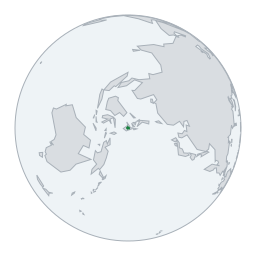 Bukidnon highlighted on a globe, orthographic projection, rotated 93°
{"feature_id": "PHL-2589", "entity_name": "Bukidnon", "entity_type": "Province", "adm_level": 1, "iso_a3": "PHL", "parent_name": "Philippines", "parent_adm1": "", "projection": "orthographic", "projection_center": [125.004, 7.993], "detail": "fine", "context": "on_globe", "style": "filled", "palette": "green", "viewbox_px": 256, "rotation_deg": 93, "n_neighbors": 0, "source": "natural_earth", "source_scale": "10m", "svg_char_len": 8403}
<svg xmlns="http://www.w3.org/2000/svg" viewBox="0 0 256 256"><g transform="rotate(93 128 128)"><circle cx="128" cy="128" r="113" fill="#eef3f6" stroke="#a8b0b8"/><path d="M216.7,167.5L216.6,168.3L216.4,168.4L216.7,167.5ZM188.3,32.9L186.4,31.7L182.8,30.8L185.4,33.2L181.9,30.9L189.3,37.6L189.7,40.4L186.9,35.7L184.9,34.2L184.0,35.1L181.7,33.8L180.0,33.6L177.3,32.0L175.9,29.8L174.2,28.9L173.7,29.7L170.7,28.9L171.7,27.8L166.6,26.5L163.3,23.3L168.1,23.1L164.0,21.3L163.8,21.2L172.3,24.4L180.5,28.3L188.3,32.9ZM232.7,94.6L231.8,92.1L232.6,93.3L232.7,94.6ZM231.0,90.9L231.4,91.7L231.0,91.1L231.0,90.9ZM230.6,90.7L230.9,90.9L230.7,91.0L230.6,90.7ZM230.2,90.8L230.4,90.6L230.4,90.8L230.2,90.8ZM229.2,90.1L228.9,89.8L229.0,89.4L229.2,90.1ZM187.7,35.4L187.9,34.9L188.5,35.9L187.7,35.4ZM180.2,33.9L180.9,34.5L179.7,34.2L180.2,33.9ZM174.6,31.6L172.4,31.0L174.3,31.2L174.6,31.6ZM171.1,30.5L166.0,29.5L167.0,30.7L161.1,27.1L167.4,28.9L169.6,28.8L169.5,29.6L171.1,30.5ZM158.7,25.4L157.2,25.0L158.5,25.1L158.7,25.4ZM158.0,19.4L162.2,20.7L161.1,20.4L157.5,19.4L156.6,19.2L156.0,18.9L158.0,19.4ZM152.4,18.0L153.5,18.3L150.9,17.7L152.4,18.0ZM150.0,17.5L149.8,17.5L149.0,17.3L150.0,17.5ZM149.1,17.4L153.2,18.3L149.1,17.4ZM147.2,17.0L148.6,17.3L148.4,17.3L147.2,17.0ZM145.1,16.7L145.4,16.7L144.7,16.6L144.1,16.5L144.4,16.6L145.1,16.7ZM146.7,17.0L147.1,17.0L146.2,16.9L146.7,17.0ZM141.0,16.1L140.8,16.1L138.4,15.9L138.5,15.9L141.0,16.1ZM31.7,69.6L31.4,70.3L37.6,61.7L38.2,60.0L42.6,54.5L44.3,53.0L44.2,55.4L45.7,53.7L48.7,49.1L51.8,46.8L50.1,47.4L48.5,49.2L47.5,49.8L48.9,48.2L49.9,47.3L50.8,46.2L45.7,51.1L43.6,53.5L43.6,53.4L49.2,47.5L55.3,41.9L61.8,36.9L68.6,32.3L67.8,32.8L71.5,30.6L72.0,30.6L74.5,28.9L78.6,26.8L81.3,25.7L83.1,24.9L79.4,26.4L88.4,22.6L90.6,21.8L91.9,21.8L85.1,25.6L82.3,26.5L83.3,25.4L78.4,28.1L80.7,27.0L79.7,27.8L83.4,26.5L82.9,27.0L87.3,25.0L87.1,25.5L84.3,26.8L89.5,25.8L90.2,26.8L91.6,26.4L93.0,25.6L93.0,27.7L94.0,27.3L94.4,26.5L96.8,25.2L101.1,23.9L100.8,24.7L99.3,25.3L95.6,27.9L91.5,29.6L91.9,29.8L95.4,28.6L99.8,25.3L102.4,24.4L100.7,25.8L101.5,25.2L102.7,25.0L103.7,25.6L105.8,24.1L119.5,22.1L122.8,23.6L119.7,24.8L129.1,25.4L132.1,27.8L132.4,26.9L137.2,27.0L136.3,26.3L136.9,25.9L148.6,26.9L151.2,28.0L156.7,28.1L156.9,27.8L155.3,26.9L161.1,27.1L167.0,30.7L166.3,31.3L170.5,33.5L168.2,34.7L168.2,37.0L163.2,37.7L163.7,39.7L165.3,40.4L167.1,44.0L165.3,49.7L159.7,42.1L161.0,34.6L159.9,37.2L158.0,35.8L156.3,36.4L155.7,38.5L156.9,39.2L145.1,40.0L139.4,45.8L144.9,46.4L147.4,49.0L145.8,57.9L131.8,68.7L135.0,73.7L134.6,76.7L130.4,77.9L130.9,73.6L127.5,71.5L128.5,69.0L122.0,70.1L123.0,66.7L117.4,69.5L118.5,72.5L123.9,72.6L118.6,76.9L122.8,82.7L122.3,89.0L111.6,99.1L102.2,101.4L101.4,103.4L98.3,100.7L93.3,104.2L98.4,116.8L98.0,120.2L90.2,125.9L90.2,123.3L81.9,116.0L79.6,124.0L85.9,131.7L88.1,140.1L82.9,137.0L80.8,129.6L77.9,126.7L79.2,119.6L77.7,108.8L72.5,110.1L73.4,105.9L70.5,96.9L63.4,98.6L51.8,108.2L49.5,118.8L45.8,123.0L43.3,106.7L44.9,96.3L42.3,96.7L41.1,87.5L34.2,84.9L34.7,82.2L33.1,83.0L32.5,79.8L34.0,75.5L32.9,75.3L29.5,86.7L30.8,87.1L34.0,83.5L32.7,87.5L33.4,91.7L27.1,100.1L19.3,105.9L21.1,97.8L28.6,75.4L29.8,73.3L30.0,73.1L30.2,72.6L28.2,76.0L30.4,71.9L23.6,86.7L21.4,93.0L19.1,106.3L18.7,107.4L18.8,110.4L22.2,109.0L21.6,111.7L18.4,123.2L16.0,138.2L17.8,150.3L20.2,160.3L20.9,162.9L18.7,155.1L17.0,147.2L15.9,139.2L15.4,131.2L15.5,123.1L16.1,115.1L17.3,107.1L19.1,99.2L21.4,91.5L24.3,83.9L27.8,76.6L31.7,69.6ZM41.5,63.0L43.1,64.6L47.0,58.6L47.9,58.9L48.9,56.9L47.2,58.2L50.2,53.1L52.6,52.2L54.8,49.9L54.3,49.3L49.5,51.9L45.1,59.1L42.8,61.0L41.5,63.0ZM116.7,15.9L116.3,16.0L116.2,16.0L116.7,15.9ZM129.5,15.4L129.4,15.4L128.5,15.4L129.5,15.4ZM125.2,15.4L125.9,15.4L123.8,15.5L120.0,15.7L122.0,15.5L116.4,16.0L117.0,15.9L125.2,15.4ZM136.7,15.7L137.5,15.8L132.1,15.5L129.7,15.4L131.3,15.4L136.7,15.7ZM103.5,18.3L105.1,17.9L105.6,17.8L109.6,17.1L109.5,17.3L107.0,17.8L103.5,18.3ZM36.5,62.9L35.3,64.2L36.0,63.2L36.2,62.9L36.5,62.9ZM104.1,18.4L105.8,18.0L104.7,18.4L104.1,18.4ZM109.6,17.4L108.7,17.8L109.9,17.2L109.6,17.4ZM66.2,217.5L68.5,218.9L67.5,218.8L66.2,217.5ZM23.3,161.3L28.1,178.0L27.2,177.4L24.7,172.0L21.3,161.6L21.7,159.4L21.2,155.0L23.3,161.3ZM116.3,161.9L119.8,162.7L119.7,163.2L116.3,161.9ZM112.6,159.7L116.6,160.3L112.0,160.8L112.6,159.7ZM118.1,160.5L122.2,159.9L123.9,159.2L123.6,160.2L118.1,160.5ZM110.0,159.5L95.9,157.9L90.4,156.0L91.6,154.2L100.5,155.6L110.0,159.5ZM91.2,154.1L83.0,147.8L72.4,130.9L76.2,131.6L87.3,142.4L86.6,144.0L91.6,148.8L91.2,154.1ZM111.5,146.4L110.7,151.2L102.8,150.0L99.3,148.8L96.9,142.2L98.2,139.2L101.1,139.6L112.7,129.9L116.6,133.0L113.0,137.2L116.2,141.8L111.5,146.4ZM49.7,119.9L51.1,126.7L49.3,127.5L49.7,119.9ZM117.7,122.9L112.8,127.1L117.4,121.3L117.7,122.9ZM120.7,117.3L120.8,119.7L119.1,117.2L120.7,117.3ZM101.0,106.6L97.9,106.8L98.0,105.2L102.0,104.0L101.0,106.6ZM121.8,94.5L121.1,99.2L120.2,100.8L119.2,97.7L121.8,94.5ZM105.6,21.7L100.1,22.3L96.0,23.3L93.6,24.7L94.6,23.3L100.9,21.6L105.6,21.7ZM117.8,21.9L119.9,21.0L120.6,21.5L120.2,21.8L117.8,21.9ZM117.9,21.3L117.5,20.2L119.7,19.8L119.6,20.7L117.9,21.3ZM110.5,18.6L108.9,18.7L109.9,18.4L110.5,18.6ZM190.3,209.2L191.6,209.9L188.4,212.8L184.0,215.7L179.8,216.6L190.3,209.2ZM157.3,215.4L156.8,211.9L161.7,211.9L160.0,214.9L157.3,215.4ZM193.4,206.9L196.3,203.8L197.0,199.7L197.1,203.4L199.7,203.6L192.7,209.7L193.4,206.9ZM138.6,199.5L116.8,204.8L111.9,203.5L112.8,200.5L107.6,190.9L109.1,191.2L107.7,184.8L120.3,180.3L129.3,170.6L136.8,171.9L142.1,164.8L150.0,165.9L147.8,171.7L156.2,176.3L161.3,163.3L166.8,178.0L173.2,183.6L175.5,192.7L165.8,207.1L159.8,209.6L158.4,208.1L156.0,209.5L151.9,208.6L149.2,203.6L146.8,204.9L149.0,201.4L145.6,204.4L143.3,201.1L138.6,199.5ZM194.6,177.8L195.9,178.2L198.0,180.8L195.9,180.3L194.6,177.8ZM213.5,170.4L214.1,171.6L212.8,171.9L213.5,170.4ZM216.4,168.4L214.9,168.8L216.7,167.5L216.4,168.4ZM200.8,169.7L201.5,170.6L200.9,170.9L200.8,169.7ZM200.3,169.4L201.0,168.0L200.9,169.4L200.3,169.4ZM194.1,161.3L194.8,160.6L195.2,161.2L194.1,161.3ZM125.0,163.2L129.8,159.8L132.5,159.8L125.0,163.2ZM193.0,159.6L191.1,159.4L191.3,158.6L193.0,159.6ZM193.1,157.8L192.8,156.7L194.1,159.4L193.1,157.8ZM189.4,155.2L191.8,157.3L189.2,155.4L189.4,155.2ZM188.1,155.4L186.4,154.4L186.5,154.1L188.1,155.4ZM169.8,155.5L176.0,162.4L171.2,161.8L165.7,157.4L161.7,160.8L152.3,159.4L154.4,157.3L153.1,153.7L143.6,151.5L141.7,149.0L145.0,147.8L138.8,145.4L145.6,145.0L148.4,149.9L152.2,146.6L159.0,148.1L165.7,150.2L171.1,154.2L169.8,155.5ZM145.7,155.3L146.9,155.4L145.9,156.7L145.7,155.3ZM183.3,151.6L185.7,154.0L185.4,154.6L184.2,154.2L183.3,151.6ZM172.4,153.5L178.2,150.1L179.6,150.3L175.7,154.4L172.4,153.5ZM176.7,147.4L179.5,148.2L181.0,150.5L180.4,151.1L176.7,147.4ZM131.9,149.7L131.7,151.0L129.9,149.8L131.9,149.7ZM134.1,149.2L139.4,151.1L133.7,150.2L134.1,149.2ZM118.5,143.1L120.0,146.4L124.7,144.9L121.1,147.3L124.4,152.7L123.4,154.5L120.1,148.7L119.1,154.3L117.0,154.0L115.8,149.0L117.8,143.3L119.9,141.1L128.5,140.9L118.5,143.1ZM134.1,145.4L132.7,141.7L133.8,139.4L135.2,141.4L134.1,145.4ZM128.8,132.7L125.3,128.3L122.0,129.6L128.8,124.5L131.0,129.6L128.8,132.7ZM126.0,123.5L122.9,124.6L126.2,121.6L126.0,123.5ZM122.2,123.2L122.0,120.3L124.4,120.9L122.2,123.2ZM127.6,123.8L128.4,119.1L129.5,122.0L127.6,123.8ZM121.4,114.0L126.2,119.1L119.7,116.4L120.0,107.4L122.9,107.5L121.4,114.0ZM141.2,80.8L140.9,78.4L143.6,78.2L143.1,79.9L141.2,80.8ZM152.2,76.2L144.2,77.4L137.7,78.7L139.5,80.0L137.6,83.9L135.2,79.8L140.2,76.0L145.0,75.7L146.2,72.6L150.0,70.9L150.0,67.0L151.8,65.5L153.4,69.1L152.2,76.2ZM149.7,65.3L151.0,58.9L156.0,60.5L156.8,62.2L154.1,64.4L151.7,63.4L149.7,65.3ZM152.8,57.9L150.4,56.9L147.3,47.5L147.9,46.0L152.9,53.5L150.9,53.1L150.8,55.3L152.8,57.9ZM157.4,25.5L157.3,25.1L158.3,25.6L157.4,25.5ZM136.3,25.5L137.2,25.0L138.4,25.5L136.3,25.5ZM140.4,24.2L138.4,23.9L140.6,23.8L140.4,24.2ZM133.9,23.5L137.6,23.6L133.9,24.0L133.9,23.5Z" fill="#d9dde1" stroke="#a8b0b8" stroke-width="1"/><path d="M128.4,126.8L128.6,126.8L128.6,127.1L128.6,127.3L128.6,127.5L128.7,127.9L128.7,128.0L128.8,128.2L128.8,128.3L128.9,128.5L128.7,128.6L128.6,128.8L128.4,128.8L128.3,129.0L128.2,129.0L127.9,129.2L127.7,129.0L127.7,128.9L127.6,128.7L127.4,128.4L127.3,128.2L127.2,128.2L127.3,128.1L127.2,127.9L127.1,127.7L127.2,127.4L127.3,127.2L127.6,127.2L127.7,126.9L127.8,126.8L128.4,126.8L128.4,126.8Z" fill="#22c55e" stroke="#15803d" stroke-width="1.5"/></g></svg>